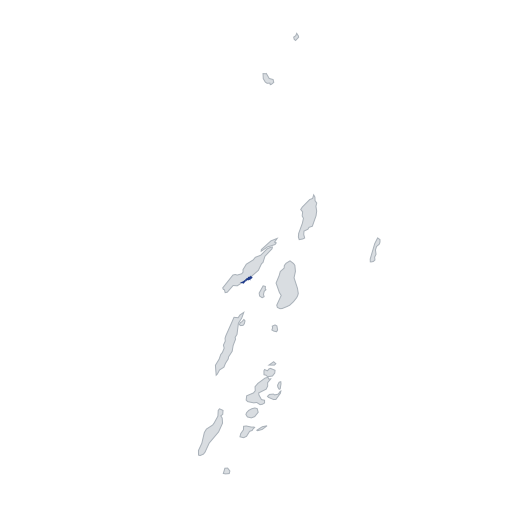 Auki-Langalanga, Solomon Islands shown in context, rotated 250°
{"feature_id": "97153195B20176739288406", "entity_name": "Auki-Langalanga", "entity_type": "district", "adm_level": 2, "iso_a3": "SLB", "parent_name": "Solomon Islands", "parent_adm1": "", "projection": "equal_earth", "projection_center": [160.735, -8.86], "detail": "fine", "context": "in_parent", "style": "filled", "palette": "blue", "viewbox_px": 512, "rotation_deg": 250, "n_neighbors": 0, "source": "geoboundaries", "source_scale": "gbopen_adm2", "svg_char_len": 5785}
<svg xmlns="http://www.w3.org/2000/svg" viewBox="0 0 512 512"><g transform="rotate(250 256 256)"><path d="M202.7,258.7L210.3,266.2L213.6,265.5L223.7,265.6L229.6,271.0L233.1,273.5L235.0,278.3L237.4,279.4L238.9,281.8L239.8,286.3L236.1,288.7L233.9,289.3L228.1,287.8L222.5,284.3L211.4,283.9L206.3,282.9L204.5,281.6L202.9,279.9L200.3,275.7L198.2,270.8L197.9,267.9L197.7,262.5L198.3,260.5L200.4,258.5L202.7,258.7ZM237.4,213.8L246.0,227.8L245.7,230.2L244.5,231.8L244.2,236.5L245.2,238.3L247.6,239.1L251.6,244.1L253.3,252.1L255.0,254.9L255.1,260.7L258.9,268.9L259.2,272.8L258.8,274.5L257.3,273.5L252.7,264.3L247.5,260.3L246.9,258.6L241.7,253.3L238.2,244.2L234.4,228.2L236.1,224.4L231.8,216.6L232.1,214.5L235.1,214.8L235.7,213.9L237.4,213.8ZM206.1,220.8L207.2,225.2L202.5,221.3L198.9,216.5L188.8,211.3L186.7,208.6L184.8,208.3L179.7,203.9L174.6,201.0L170.6,195.7L168.8,194.7L165.6,190.6L162.5,187.8L161.4,182.8L158.3,179.3L157.6,177.8L167.2,180.5L171.7,186.1L175.5,189.2L176.9,191.5L180.3,194.6L183.4,194.9L186.5,198.0L189.3,198.8L191.5,200.5L205.9,214.4L204.1,218.1L206.1,220.8ZM270.9,310.8L275.2,313.5L277.8,313.1L281.5,314.9L284.4,313.9L286.2,316.3L290.7,325.8L290.7,328.9L293.7,331.1L291.2,331.5L287.7,330.4L285.0,331.2L282.2,329.3L277.5,328.4L273.3,326.2L264.7,319.1L264.8,315.6L263.4,313.9L263.0,309.6L259.9,308.2L256.3,307.9L256.0,305.9L256.6,302.2L259.3,302.3L262.6,303.8L270.9,310.8ZM123.8,167.7L124.9,169.4L122.2,172.2L118.6,170.6L117.8,168.2L115.3,168.8L110.4,167.4L103.5,160.7L96.2,148.0L89.1,141.0L87.8,138.8L87.6,135.2L88.6,133.9L92.9,135.4L98.6,141.1L107.8,147.1L110.3,150.2L112.0,157.5L113.5,159.7L118.5,165.4L123.8,167.7ZM133.5,210.4L135.7,214.3L138.2,222.8L137.8,225.8L136.0,225.9L135.5,227.8L133.0,223.6L129.8,222.5L127.4,220.0L126.4,211.7L124.5,211.2L119.2,212.0L117.5,214.7L115.0,213.8L114.5,211.4L114.9,209.0L118.1,206.6L118.8,203.6L122.0,198.4L124.0,197.5L127.8,199.4L128.2,206.8L129.6,209.2L133.5,210.4ZM231.4,376.5L229.0,378.1L226.8,377.3L225.1,376.1L223.7,372.5L220.8,370.3L216.6,369.4L214.4,367.1L211.6,366.4L210.7,364.4L211.0,362.4L211.4,361.4L214.1,362.3L227.0,371.8L231.4,376.5ZM96.0,195.5L95.4,196.1L94.2,193.6L93.4,192.8L93.4,190.0L89.8,185.4L89.5,182.2L91.6,179.1L94.3,180.9L97.0,184.8L100.2,186.1L99.6,188.7L96.7,193.3L96.0,195.5ZM113.6,202.9L112.2,204.9L108.4,204.6L105.5,199.8L105.5,196.2L107.7,192.9L110.5,192.3L112.0,193.6L113.4,196.3L113.9,199.8L113.6,202.9ZM145.5,231.1L142.1,234.8L139.6,233.6L137.6,230.4L138.6,225.6L140.6,224.6L141.7,222.9L145.4,224.2L146.4,225.2L144.2,227.5L145.4,229.4L145.5,231.1ZM424.0,328.1L418.3,329.1L416.0,332.4L413.1,332.1L412.1,329.3L412.1,328.0L413.7,328.2L414.5,325.5L416.3,324.2L420.2,323.5L425.0,325.0L423.9,327.5L424.0,328.1ZM265.1,275.2L265.3,281.9L262.7,278.2L261.4,279.5L260.3,277.8L260.6,270.0L258.7,262.5L260.2,263.2L265.1,275.2ZM120.5,232.5L120.6,233.2L118.6,231.9L114.4,225.6L115.1,223.4L119.0,219.3L120.2,218.8L121.3,221.3L120.3,225.1L119.1,226.0L118.6,229.6L120.5,232.5ZM217.2,245.7L220.1,246.3L225.5,252.5L224.2,254.4L221.8,253.4L220.9,253.8L220.1,251.7L217.4,249.9L215.0,249.7L214.7,247.5L217.2,245.7ZM183.1,251.7L179.1,251.0L177.8,249.4L179.3,247.1L181.1,245.6L182.7,247.0L184.5,247.3L184.7,250.3L183.1,251.7ZM66.4,156.8L62.9,157.9L60.7,156.4L61.7,152.8L62.8,150.9L67.2,154.2L66.4,156.8ZM200.5,222.9L198.8,223.5L196.3,221.8L195.3,220.2L195.8,217.8L197.2,216.9L198.8,218.5L199.0,220.2L200.5,222.9ZM451.3,370.4L448.2,371.1L447.0,370.9L445.0,366.9L446.5,366.0L448.8,366.3L449.4,368.7L451.3,370.4ZM129.5,234.6L129.4,236.3L127.4,235.8L122.9,233.3L122.8,232.2L125.3,231.7L127.2,232.1L129.5,234.6ZM93.4,203.6L92.7,208.3L90.9,202.5L91.3,197.7L92.0,197.2L93.4,203.6ZM150.6,236.4L148.0,237.8L147.2,235.9L149.1,230.9L150.6,236.4Z" fill="#d9dde1" stroke="#a8b0b8" stroke-width="1"/><path d="M235.1,235.0L235.3,235.4L235.4,235.5L235.5,235.5L235.5,235.4L235.5,235.2L235.5,235.3L235.7,235.5L235.7,235.8L235.8,235.9L235.8,236.0L235.9,236.3L236.0,236.5L236.1,236.8L236.3,236.9L236.3,237.0L236.5,237.3L236.5,237.5L236.5,237.4L236.5,237.5L236.5,237.4L235.8,235.2L235.8,234.2L235.6,234.5L235.4,234.7L235.1,235.0ZM237.1,240.7L236.9,240.8L236.8,241.0L236.7,241.2L236.7,241.6L236.8,241.7L236.9,241.8L237.0,241.8L237.0,241.6L237.0,241.4L236.9,241.4L236.9,241.2L237.0,241.0L236.9,241.0L237.0,241.0L237.0,240.9L237.1,240.7L237.1,240.7ZM237.5,244.4L237.4,244.4L237.4,244.2L237.4,243.9L237.4,243.7L237.3,243.8L237.2,244.2L237.2,244.3L237.3,244.5L237.5,244.5L237.5,244.4ZM237.2,242.7L237.2,242.4L237.1,242.5L237.0,242.9L237.0,243.0L237.1,242.9L237.2,242.7L237.2,242.7ZM237.8,243.5L237.7,243.4L237.7,243.2L237.5,243.3L237.6,243.5L237.6,243.8L237.7,243.7L237.8,243.6L237.7,243.5L237.8,243.5ZM237.0,239.5L237.0,239.4L236.9,239.4L236.9,239.5L237.0,239.8L236.9,239.8L236.9,240.0L237.0,240.0L237.0,239.8L237.0,239.5L237.0,239.5ZM237.1,242.2L237.0,241.9L236.9,241.9L236.9,241.7L236.8,241.8L236.7,241.9L236.8,241.9L237.0,242.0L237.1,242.3L237.1,242.2ZM237.1,240.4L237.0,240.2L236.9,240.1L236.9,240.4L237.0,240.5L237.1,240.4ZM237.4,240.3L237.4,240.2L237.2,240.2L237.1,240.3L237.3,240.3L237.4,240.3ZM237.6,242.7L237.4,242.8L237.5,242.8L237.6,242.7L237.6,242.7ZM236.5,238.1L236.4,237.9L236.4,238.0L236.5,238.1L236.5,238.1ZM236.9,239.1L236.8,238.9L236.8,239.0L236.9,239.1ZM236.8,238.1L236.7,238.0L236.8,238.2L236.8,238.1ZM237.6,242.0L237.5,241.9L237.4,242.0L237.5,242.0L237.6,242.0ZM237.3,240.8L237.2,240.7L237.2,240.8L237.3,240.8L237.3,240.8ZM236.6,238.2L236.5,238.3L236.6,238.2ZM236.7,238.5L236.7,238.4L236.7,238.5L236.7,238.5ZM237.1,238.9L237.1,239.0L237.1,238.9L237.1,238.9ZM237.8,242.6L237.7,242.5L237.8,242.6L237.8,242.6ZM237.0,239.0L237.0,238.9L236.9,238.9L236.9,239.0L237.0,239.0ZM237.5,242.2L237.4,242.2L237.4,242.3L237.5,242.2ZM236.7,238.0L236.7,237.9L236.7,238.0L236.7,238.0Z" fill="#3b82f6" stroke="#1e3a8a" stroke-width="1.5"/></g></svg>